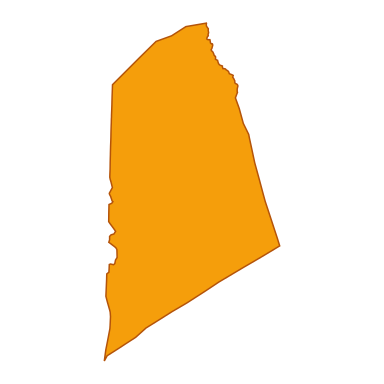 outline of San Sebastián Nicananduta, Oaxaca, Mexico
{"feature_id": "50627088B60877418220141", "entity_name": "San Sebastián Nicananduta", "entity_type": "district", "adm_level": 2, "iso_a3": "MEX", "parent_name": "Mexico", "parent_adm1": "Oaxaca", "projection": "robinson", "projection_center": [-97.675, 17.518], "detail": "fine", "context": "isolated", "style": "filled", "palette": "amber", "viewbox_px": 384, "rotation_deg": 0, "n_neighbors": 0, "source": "geoboundaries", "source_scale": "gbopen_adm2", "svg_char_len": 2361}
<svg xmlns="http://www.w3.org/2000/svg" viewBox="0 0 384 384"><path d="M248.7,134.4L243.3,123.4L239.2,108.4L235.4,97.9L237.5,92.2L237.2,91.8L237.2,90.3L237.2,89.0L237.9,86.0L237.7,85.2L237.1,84.3L235.7,83.6L235.2,83.2L234.8,82.7L234.8,81.6L234.8,80.9L234.2,79.7L234.0,79.3L233.7,78.5L232.7,77.3L233.2,75.4L231.9,74.7L229.3,73.7L228.7,71.9L228.0,71.0L227.0,70.3L226.2,69.9L225.6,69.1L224.8,68.7L224.2,68.7L222.9,68.6L222.7,67.6L222.4,67.1L222.4,66.0L221.0,65.5L220.1,65.2L219.4,64.7L218.6,63.7L218.1,62.4L217.7,60.9L217.6,60.3L216.8,60.0L216.1,59.6L215.4,59.1L215.6,58.1L215.5,56.6L214.7,56.0L214.7,55.6L214.0,55.1L213.8,54.2L213.7,53.8L212.9,52.1L212.4,51.4L211.6,50.9L211.2,50.0L211.2,49.5L211.6,49.0L211.9,48.4L212.3,46.8L212.7,45.5L212.6,44.3L212.3,43.8L211.8,43.7L211.5,43.9L210.5,43.0L210.2,41.1L209.9,39.7L209.5,39.7L208.9,39.7L208.2,39.7L207.2,39.4L206.8,38.9L206.9,38.2L207.1,37.5L207.4,36.8L207.6,36.4L208.1,36.1L208.3,35.3L208.1,35.0L208.1,34.5L208.3,33.6L208.5,33.2L208.6,32.7L208.5,32.0L208.2,30.5L208.3,28.7L208.0,28.3L207.4,27.5L206.5,26.2L206.4,25.7L206.3,24.5L206.3,23.6L206.4,23.4L206.6,23.2L207.0,23.0L185.9,26.6L171.6,35.8L156.1,41.4L139.4,57.8L112.5,84.7L112.4,88.1L112.1,96.3L112.0,100.2L111.9,105.0L111.7,110.6L111.5,115.3L111.5,117.1L111.4,118.5L111.3,122.9L111.2,125.3L111.0,131.8L110.9,137.5L110.8,140.8L110.6,145.8L110.4,153.7L110.4,154.7L110.3,158.0L110.2,162.1L110.1,169.1L109.9,174.0L109.8,177.2L110.2,179.3L111.0,182.0L112.4,187.6L109.4,193.1L109.3,193.6L109.5,194.2L109.8,194.9L110.6,196.4L112.1,200.9L112.9,201.7L111.7,203.3L109.0,204.5L108.8,212.8L108.7,221.7L110.3,224.0L113.2,227.9L115.6,231.3L114.4,233.2L113.9,234.0L111.1,234.8L109.6,236.4L109.6,239.8L108.8,242.3L114.1,246.3L115.8,247.7L116.9,249.6L117.0,252.8L117.1,257.5L115.5,260.1L114.8,263.6L113.6,264.7L110.5,264.0L109.3,264.5L109.1,269.0L108.9,272.2L106.8,273.9L106.7,276.1L106.6,279.8L105.9,296.3L106.1,297.1L107.4,302.1L109.8,310.5L110.2,312.3L110.5,316.7L110.1,325.6L109.9,328.7L107.5,341.3L105.8,349.9L104.3,361.0L107.2,355.7L118.2,348.7L125.5,343.9L135.7,337.3L146.0,328.0L155.8,321.9L172.1,311.6L187.1,302.8L205.4,291.0L218.6,282.2L243.8,267.2L254.3,261.1L264.3,255.2L279.7,245.9L277.3,238.2L275.0,231.2L269.9,215.6L265.2,201.4L263.2,194.1L259.3,179.5L254.7,162.7L251.5,147.7L249.5,138.5L248.7,134.4Z" fill="#f59e0b" stroke="#b45309" stroke-width="1.5"/></svg>